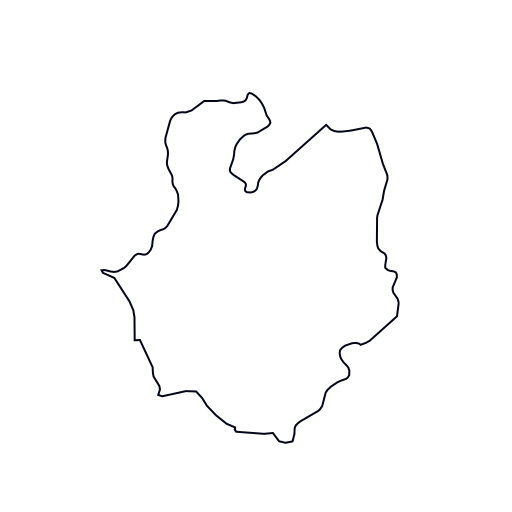 the border of Wicklow, rotated 126°
{"feature_id": "IRL-719", "entity_name": "Wicklow", "entity_type": "County", "adm_level": 1, "iso_a3": "IRL", "parent_name": "Ireland", "parent_adm1": "", "projection": "natural_earth1", "projection_center": [-6.415, 52.953], "detail": "fine", "context": "isolated", "style": "outline", "palette": "ink", "viewbox_px": 512, "rotation_deg": 126, "n_neighbors": 0, "source": "natural_earth", "source_scale": "10m", "svg_char_len": 2967}
<svg xmlns="http://www.w3.org/2000/svg" viewBox="0 0 512 512"><g transform="rotate(126 256 256)"><path d="M384.6,117.5L389.8,122.4L392.3,128.4L389.3,138.3L395.1,144.9L409.8,168.7L409.1,170.8L408.9,171.2L408.4,171.1L407.0,172.2L409.0,181.2L408.4,194.6L406.0,207.7L402.6,216.0L400.8,224.8L406.5,233.3L424.5,249.3L425.9,253.4L420.3,255.3L418.0,257.7L413.7,268.0L411.5,270.4L406.8,274.2L392.2,300.5L395.5,304.6L377.0,318.3L372.0,323.4L367.2,331.4L357.0,357.7L359.6,369.9L358.3,372.5L356.4,370.3L354.8,366.6L354.1,364.7L352.3,361.4L351.1,360.2L350.2,359.3L349.1,358.6L342.9,355.6L340.0,355.0L327.0,354.4L324.6,353.4L323.1,352.2L322.2,350.4L321.4,348.5L320.3,346.8L318.8,345.6L316.2,344.9L312.9,344.9L309.2,345.8L304.0,348.8L300.6,350.3L297.3,351.0L293.5,349.8L291.2,348.5L289.3,347.1L287.3,346.0L284.1,345.4L265.4,347.1L261.3,348.6L257.4,350.8L252.1,355.2L250.1,358.2L248.7,361.0L248.1,363.2L247.1,365.1L245.8,366.6L244.3,367.8L242.5,369.0L241.0,370.3L239.8,372.1L237.1,377.8L234.9,381.1L233.4,382.5L231.7,383.7L225.9,386.7L224.1,388.0L222.6,389.3L221.2,390.9L219.0,394.3L217.7,395.8L215.8,397.4L213.6,398.7L197.2,404.9L194.8,405.4L192.0,405.5L188.9,404.9L186.0,403.4L182.8,399.9L181.2,397.3L176.1,393.7L161.0,389.0L153.5,378.6L151.7,376.9L149.7,374.3L148.3,371.9L147.1,367.4L145.6,364.1L140.1,358.1L138.1,356.6L136.1,355.9L133.9,356.2L130.1,357.6L128.2,357.2L127.1,355.1L126.9,350.2L127.3,347.1L127.9,344.2L129.4,340.3L131.3,336.6L136.0,330.0L137.5,325.9L138.5,324.0L139.9,322.6L142.2,322.4L144.4,322.7L155.0,327.2L156.6,328.5L158.1,329.9L160.7,333.0L162.0,334.4L163.7,335.5L165.9,336.5L171.1,337.5L176.8,337.4L179.3,337.0L183.5,335.4L187.1,333.2L191.1,331.3L200.2,328.6L202.1,327.5L203.2,325.8L203.5,323.6L203.6,321.3L203.0,310.0L203.1,307.9L203.9,306.3L205.5,305.3L207.4,304.7L208.6,304.2L209.7,303.0L209.8,301.0L208.4,298.6L207.2,297.1L205.5,295.8L203.5,295.0L201.2,294.7L197.8,296.0L195.5,297.3L192.8,298.0L190.0,298.2L187.0,298.0L180.5,296.0L176.3,293.1L161.7,287.8L108.7,276.3L109.7,270.0L108.8,265.8L107.0,262.4L104.6,259.3L99.2,253.4L87.4,242.4L86.6,240.6L86.1,238.8L86.6,236.9L87.8,234.3L94.3,223.7L107.1,207.2L112.6,198.5L114.1,196.6L116.7,194.7L128.0,190.7L136.0,186.7L151.6,181.7L153.9,180.5L173.4,166.6L176.3,163.9L178.0,161.6L178.8,158.3L178.7,156.1L178.4,153.8L179.1,151.5L180.9,149.4L187.4,146.1L189.6,144.5L189.9,141.2L189.3,139.0L187.4,135.3L187.1,133.2L188.2,131.2L190.4,129.5L201.0,127.0L203.2,125.5L205.0,123.2L207.4,116.2L209.3,113.8L210.7,112.6L221.9,106.5L258.1,114.3L262.1,116.3L266.3,119.1L266.3,121.1L267.5,124.0L270.0,126.9L276.3,131.3L280.2,132.5L283.2,132.5L284.9,131.5L286.5,130.2L287.9,128.6L289.1,126.8L290.6,122.7L291.3,118.2L292.0,115.7L293.8,113.2L297.5,110.6L300.2,110.3L302.6,111.0L306.8,113.9L310.3,115.9L317.7,118.6L322.1,119.4L325.4,119.4L338.3,114.3L341.7,114.1L344.6,114.5L363.3,122.8L366.8,123.8L369.3,124.2L371.6,123.9L373.2,123.1L377.6,120.2L384.5,117.5L384.6,117.5Z" fill="none" stroke="#020617" stroke-width="2"/></g></svg>